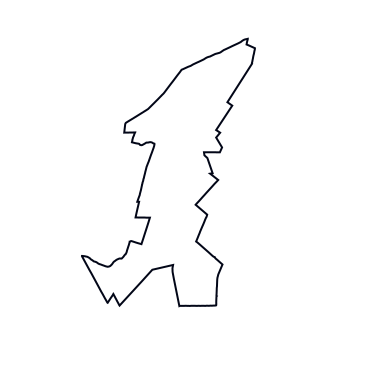 the district of Silistea, Teleorman, Romania, rotated 327°
{"feature_id": "2599482B30575359453223", "entity_name": "Silistea", "entity_type": "district", "adm_level": 2, "iso_a3": "ROU", "parent_name": "Romania", "parent_adm1": "Teleorman", "projection": "orthographic", "projection_center": [25.348, 44.369], "detail": "fine", "context": "isolated", "style": "outline", "palette": "ink", "viewbox_px": 384, "rotation_deg": 327, "n_neighbors": 0, "source": "geoboundaries", "source_scale": "gbopen_adm2", "svg_char_len": 5753}
<svg xmlns="http://www.w3.org/2000/svg" viewBox="0 0 384 384"><g transform="rotate(327 192 192)"><path d="M322.2,93.9L321.3,93.6L320.6,93.3L319.8,93.0L319.1,92.8L318.5,92.7L318.0,92.6L317.6,92.6L316.3,92.6L314.3,92.8L313.9,92.7L311.8,92.5L306.3,91.7L304.8,91.5L303.1,91.3L297.3,90.5L296.3,90.3L294.6,90.3L292.1,90.4L291.2,90.3L290.7,90.2L288.5,89.5L287.3,89.1L286.6,88.9L281.9,88.3L280.9,88.2L280.1,87.9L279.1,87.6L278.3,87.4L277.6,87.3L276.5,87.2L275.2,87.2L274.0,87.2L268.6,86.5L267.9,86.4L267.5,86.3L262.4,85.6L259.5,85.5L258.3,85.2L256.9,84.9L251.4,84.1L250.1,83.9L249.9,83.8L249.6,83.9L247.6,84.7L243.0,86.3L237.8,88.2L235.3,89.1L233.5,89.7L230.2,90.9L226.9,92.1L222.8,93.6L221.5,94.0L219.8,94.3L215.9,95.2L213.3,95.8L212.3,96.0L208.1,96.9L204.7,97.6L200.4,98.5L200.1,98.5L198.5,98.5L192.4,98.4L187.0,98.3L179.6,98.1L175.8,98.0L174.4,98.0L174.2,98.0L173.9,98.1L173.2,98.5L172.8,98.9L167.5,105.3L170.2,107.0L174.0,109.4L176.8,111.1L176.7,111.2L176.5,111.3L176.1,111.4L175.9,111.5L175.6,111.7L174.3,112.8L173.6,113.3L172.6,113.9L172.1,114.3L171.8,114.6L170.5,115.7L170.5,115.8L168.7,117.6L171.4,120.5L173.5,122.4L173.8,122.7L173.9,122.9L174.0,123.1L174.0,123.4L174.0,123.8L174.0,124.0L174.7,124.9L175.1,125.2L175.8,125.5L177.1,125.6L178.6,125.7L179.7,125.7L180.3,125.7L180.6,125.7L180.8,125.8L181.6,126.3L182.0,126.6L182.9,126.9L183.9,127.3L184.2,127.5L184.9,128.1L185.4,128.7L185.5,128.9L185.7,129.3L185.9,129.9L186.1,130.2L186.8,131.0L186.7,131.3L186.3,131.8L185.9,132.2L185.1,133.0L184.6,133.4L184.2,133.7L183.8,134.1L182.7,134.9L181.8,135.6L180.1,136.9L177.5,138.8L172.1,143.0L170.9,143.8L168.3,145.7L167.7,146.1L164.7,148.9L164.0,149.5L163.5,150.0L162.9,150.6L160.5,152.8L159.9,153.4L159.6,153.7L159.2,154.1L158.5,154.6L157.8,155.3L157.4,155.7L157.2,156.0L156.9,156.2L156.5,156.5L156.0,156.9L155.4,157.4L155.2,157.7L154.8,158.1L154.5,158.3L154.3,158.4L154.2,158.6L153.9,158.9L152.5,160.3L150.9,161.9L150.2,162.6L147.3,165.2L146.6,166.0L144.3,167.7L140.8,170.4L142.3,171.4L139.4,174.2L137.0,176.5L133.1,180.3L132.0,181.4L130.8,182.6L133.0,184.1L137.9,187.3L140.5,189.2L142.7,190.6L140.2,192.7L138.4,194.2L135.6,196.5L130.8,200.4L128.1,202.6L125.8,204.5L121.8,207.7L121.2,208.2L119.1,205.8L117.5,203.9L116.7,202.9L115.5,201.4L115.0,200.8L114.5,200.2L114.3,200.0L114.1,199.9L113.9,199.9L113.3,199.9L112.9,199.8L112.7,199.7L112.5,200.0L111.8,200.6L110.0,202.2L109.2,202.8L107.0,204.6L105.5,205.8L104.7,206.6L104.2,207.0L103.9,207.2L103.1,207.7L102.7,207.9L102.5,208.0L102.4,207.9L101.2,208.2L99.1,209.0L98.8,209.1L98.2,209.2L97.7,209.3L97.4,209.4L97.1,209.5L96.8,209.5L96.5,209.4L96.4,209.3L96.2,209.2L95.5,208.6L95.4,208.5L95.1,208.4L94.6,208.2L93.6,208.0L92.8,207.9L92.4,207.8L92.0,207.8L90.8,207.8L90.1,207.9L88.9,207.9L88.3,208.0L87.9,208.1L87.4,208.3L86.2,208.8L85.7,209.0L84.6,209.3L84.2,209.3L83.9,209.4L83.5,209.5L83.2,209.5L82.8,209.5L82.5,209.4L82.2,209.4L81.5,209.2L81.3,209.1L80.3,208.6L80.0,208.2L79.7,207.9L79.3,207.5L78.6,206.6L77.8,205.5L77.0,204.5L76.6,203.9L76.3,203.5L76.0,203.1L75.7,202.7L75.3,202.3L75.1,202.0L74.8,201.6L74.4,200.9L74.2,200.3L73.9,199.5L73.7,199.0L73.6,198.8L73.3,198.4L72.7,197.6L72.2,197.1L72.0,196.9L71.9,196.8L71.8,196.5L71.7,196.2L71.3,195.1L71.0,194.4L70.7,193.8L70.6,193.6L70.4,193.0L70.3,192.2L70.2,191.8L69.8,191.0L69.2,189.8L68.9,189.4L68.8,189.2L68.6,189.0L68.3,188.7L68.0,188.5L67.8,188.2L67.3,187.7L66.9,187.3L66.4,186.9L65.2,185.9L64.9,185.7L64.8,185.8L64.7,186.4L64.4,190.3L63.5,201.9L63.3,205.5L62.5,215.4L62.2,219.1L61.9,222.7L61.6,226.0L61.5,228.4L61.4,229.8L61.3,231.1L61.1,233.5L61.0,235.6L60.8,238.3L60.8,238.7L60.8,238.8L60.9,239.0L62.7,238.2L64.9,237.2L66.5,236.5L68.0,235.9L69.4,235.3L70.5,234.7L70.5,235.1L70.4,235.6L70.3,236.5L70.3,237.0L70.2,238.3L70.1,239.0L70.0,240.6L69.8,242.4L69.6,245.1L69.5,246.2L69.4,246.7L69.4,247.8L100.5,239.8L116.4,235.6L136.4,242.9L134.1,245.3L132.4,248.1L132.0,248.9L129.6,254.7L119.3,280.7L119.5,280.7L119.6,280.8L121.4,281.9L123.2,283.1L124.6,283.9L126.0,284.9L128.2,286.4L129.5,287.1L130.6,287.8L131.8,288.6L134.3,290.3L135.7,291.1L136.6,291.8L138.9,293.2L140.1,294.0L141.2,294.8L142.1,295.2L144.3,296.7L145.0,297.1L146.0,297.6L146.2,297.8L146.7,298.2L147.3,298.5L147.7,298.7L148.3,299.1L149.7,299.9L149.9,300.0L150.1,300.1L150.3,300.2L150.5,300.2L150.9,299.9L151.2,299.3L151.6,298.8L152.2,297.8L152.6,297.2L153.5,295.9L155.2,293.5L155.4,293.2L155.6,293.0L155.7,292.9L156.0,292.8L155.9,292.6L156.0,292.4L156.2,292.0L157.0,291.0L160.1,286.6L160.5,286.0L161.5,284.8L164.6,280.4L165.6,279.0L166.8,277.6L167.4,277.1L169.1,275.5L178.1,269.4L177.6,267.7L176.7,264.5L176.3,263.0L175.8,261.4L175.5,260.3L175.5,260.1L175.5,259.9L175.6,259.3L175.6,259.1L175.6,258.9L175.4,258.7L175.1,258.4L174.9,258.1L174.8,257.9L174.3,256.3L173.5,253.2L173.0,251.3L170.7,243.1L170.1,240.9L169.2,237.8L168.7,236.3L168.6,236.0L168.5,235.8L171.7,233.6L174.1,231.9L176.3,230.4L177.3,229.6L178.4,228.9L179.1,228.4L182.4,226.2L182.9,225.9L183.8,225.3L185.4,224.2L186.7,223.3L187.6,222.6L188.4,222.1L189.1,221.6L189.6,221.3L190.1,221.1L190.4,220.9L190.7,220.7L191.1,220.4L191.6,220.0L192.4,219.3L189.7,210.1L188.1,204.7L189.4,204.3L192.7,203.5L198.2,202.0L200.9,201.3L203.4,200.6L206.1,199.9L208.0,199.4L211.1,198.6L213.3,198.0L215.1,197.5L218.6,196.7L220.5,196.2L217.2,186.5L219.5,187.5L223.4,171.9L222.4,168.0L223.7,165.2L237.0,173.9L241.5,171.0L241.9,159.5L247.9,157.6L246.0,153.2L272.8,141.5L270.6,136.0L312.0,117.2L311.9,117.0L311.7,116.8L312.0,116.9L312.7,116.3L313.6,115.5L314.4,114.6L315.1,113.9L315.9,113.1L316.9,112.0L317.6,111.3L318.2,110.7L318.9,110.1L319.7,109.3L321.2,107.7L322.1,106.9L322.7,106.2L323.1,105.7L319.6,100.2L318.1,98.0L319.1,97.0L319.2,96.8L319.7,96.3L320.2,95.8L320.7,95.4L322.0,94.2L322.2,93.9Z" fill="none" stroke="#020617" stroke-width="2"/></g></svg>